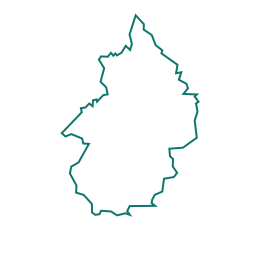 Rosoman, Rosoman, North Macedonia, rotated 315°
{"feature_id": "65306769B19811324233496", "entity_name": "Rosoman", "entity_type": "district", "adm_level": 2, "iso_a3": "MKD", "parent_name": "North Macedonia", "parent_adm1": "Rosoman", "projection": "equal_earth", "projection_center": [21.91, 41.5], "detail": "fine", "context": "isolated", "style": "outline", "palette": "teal", "viewbox_px": 256, "rotation_deg": 315, "n_neighbors": 0, "source": "geoboundaries", "source_scale": "gbopen_adm2", "svg_char_len": 1099}
<svg xmlns="http://www.w3.org/2000/svg" viewBox="0 0 256 256"><g transform="rotate(315 128 128)"><path d="M45.6,137.0L49.4,144.1L48.7,156.3L42.9,162.2L43.5,166.3L46.9,168.8L50.4,167.5L57.0,175.0L58.5,182.0L65.9,186.5L67.9,190.7L68.7,186.2L74.0,184.4L92.1,202.2L91.6,197.8L94.4,195.8L99.8,194.2L107.3,197.2L117.6,189.3L125.7,195.1L131.1,194.4L132.4,186.9L137.9,181.8L137.7,177.7L142.6,171.9L153.0,180.8L169.8,183.5L180.4,169.9L188.7,165.6L193.4,158.8L196.4,159.3L197.4,152.9L200.4,153.0L191.3,143.1L198.5,142.3L200.6,138.1L198.1,129.8L205.1,126.3L200.7,123.3L207.7,118.3L204.4,98.9L207.2,97.3L206.1,89.1L210.5,79.1L208.7,69.5L212.6,65.8L213.1,53.8L195.2,63.0L190.1,71.4L184.6,74.3L184.5,68.3L176.6,70.2L171.5,68.8L171.7,66.3L168.7,66.5L169.1,62.8L164.0,63.3L159.7,58.4L155.8,59.0L153.4,68.9L141.3,75.9L141.3,83.9L137.4,89.8L133.8,87.3L124.7,87.5L125.9,85.5L122.9,83.7L118.4,87.5L117.9,83.3L112.3,83.4L108.7,80.7L106.4,84.2L77.5,84.8L77.8,89.8L83.6,92.2L88.1,103.0L85.4,107.3L89.1,111.6L68.6,117.4L60.5,115.2L54.8,119.1L50.9,132.2L45.6,137.0Z" fill="none" stroke="#0f766e" stroke-width="2"/></g></svg>